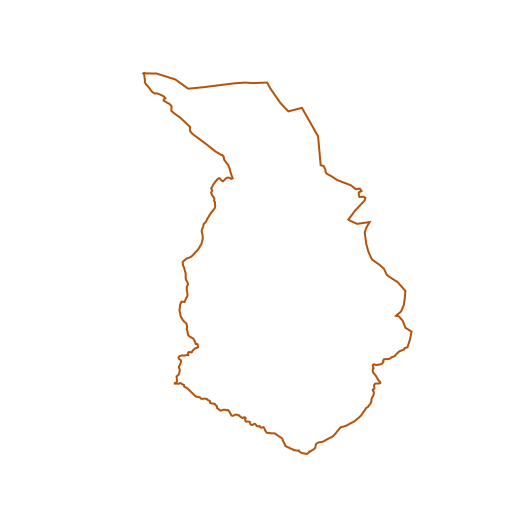 Breznita-Ocol, Mehedinti, Romania (orthographic projection), rotated 203°
{"feature_id": "2599482B17727183670261", "entity_name": "Breznita-Ocol", "entity_type": "district", "adm_level": 2, "iso_a3": "ROU", "parent_name": "Romania", "parent_adm1": "Mehedinti", "projection": "orthographic", "projection_center": [22.598, 44.702], "detail": "fine", "context": "isolated", "style": "outline", "palette": "amber", "viewbox_px": 512, "rotation_deg": 203, "n_neighbors": 0, "source": "geoboundaries", "source_scale": "gbopen_adm2", "svg_char_len": 6043}
<svg xmlns="http://www.w3.org/2000/svg" viewBox="0 0 512 512"><g transform="rotate(203 256 256)"><path d="M80.9,231.2L81.7,239.7L83.3,247.1L90.5,248.4L95.8,253.8L100.7,256.2L103.8,255.7L100.8,261.5L100.8,268.7L102.3,274.4L104.8,282.2L115.4,287.3L124.5,288.8L128.1,289.7L133.4,294.3L139.1,296.2L147.9,298.1L153.9,303.5L159.1,310.0L165.1,320.1L165.5,325.1L164.7,331.6L175.5,325.1L183.1,325.2L185.2,325.6L182.5,336.5L177.7,349.5L178.1,352.3L180.5,352.5L183.7,350.8L185.0,351.9L186.2,354.7L184.3,357.0L186.8,358.6L190.2,356.5L196.6,358.2L204.6,357.8L211.3,357.7L217.1,358.8L223.0,359.4L225.0,360.8L225.8,362.5L228.6,365.1L232.0,364.9L245.6,390.4L271.6,410.3L282.7,401.8L293.2,406.3L308.4,415.9L313.5,420.0L325.9,414.2L333.9,411.3L343.0,406.7L369.9,391.1L383.8,383.5L399.2,387.0L419.5,385.0L421.8,383.8L426.8,381.9L428.4,381.1L429.7,381.0L430.6,380.6L431.0,380.3L431.1,380.0L430.1,379.7L426.8,374.2L426.2,372.4L424.1,370.9L422.4,370.3L419.6,368.8L417.2,367.2L415.8,366.6L413.1,366.0L412.4,366.1L411.0,366.9L409.0,367.2L404.3,367.0L402.7,366.7L401.0,365.7L401.7,364.8L402.0,364.2L401.7,362.9L399.5,362.7L397.3,362.3L395.7,362.3L393.5,361.6L392.4,361.0L392.0,360.5L391.5,358.7L390.6,356.5L386.8,355.3L380.0,353.8L367.8,349.3L367.2,349.0L365.4,345.2L362.3,343.6L344.3,339.2L334.0,336.3L326.8,335.5L326.6,335.6L326.4,335.8L324.8,334.8L323.9,334.0L323.0,332.2L322.2,331.7L320.6,330.9L318.1,329.3L317.0,328.9L314.1,325.8L313.5,324.8L309.8,320.4L307.8,318.5L308.3,317.8L308.9,317.3L309.2,317.3L310.0,317.5L311.9,317.5L312.9,316.9L313.4,316.4L313.7,316.3L315.4,312.3L315.7,311.8L315.9,311.7L317.1,312.0L319.1,313.1L320.4,313.3L320.9,312.6L321.6,311.4L322.0,309.7L322.5,308.6L322.7,306.9L323.1,305.8L323.3,305.1L323.3,302.5L323.7,301.0L323.1,300.0L321.9,299.3L322.0,296.6L321.4,296.2L320.3,294.8L319.5,294.5L316.7,292.5L316.6,292.3L316.4,291.3L316.2,290.4L316.0,290.2L315.1,289.8L314.7,289.4L314.5,288.9L314.1,287.8L313.2,286.4L312.9,285.5L312.7,284.2L312.9,282.8L313.5,280.5L313.9,279.5L314.7,275.9L314.9,273.7L315.3,271.6L315.5,268.0L315.8,266.9L316.2,266.3L316.5,265.1L316.6,264.6L316.1,262.4L316.1,259.7L315.9,258.1L315.1,256.7L314.2,255.6L312.2,252.3L311.6,250.0L310.9,245.6L311.2,244.3L311.5,241.0L312.0,239.1L312.7,237.0L313.2,235.9L313.4,235.1L314.3,232.4L314.8,231.2L316.0,229.2L317.7,227.7L319.0,226.3L320.9,222.6L321.1,221.6L319.4,218.7L317.6,217.2L316.2,215.2L315.7,214.7L313.8,212.3L313.2,210.6L312.6,209.5L312.6,209.2L312.3,208.8L311.9,208.0L311.6,207.3L311.0,206.6L309.3,205.4L308.2,204.2L307.5,203.4L307.7,200.8L307.4,199.7L306.9,198.8L306.6,197.8L305.9,196.9L304.2,194.2L303.5,192.6L303.6,190.9L303.9,190.1L303.8,189.5L303.8,186.6L303.7,185.9L303.8,185.7L305.9,185.2L306.7,184.9L306.9,184.4L306.7,180.7L306.0,179.5L305.6,177.3L305.4,176.3L303.0,173.1L302.4,171.9L301.0,170.3L299.6,169.6L299.1,168.9L298.4,168.5L296.5,167.5L294.6,167.0L293.1,166.1L292.5,165.0L292.0,164.4L291.5,163.2L291.3,161.7L289.5,159.6L287.8,156.9L286.5,156.2L285.4,155.9L283.7,155.7L281.5,155.5L278.9,153.6L277.8,152.2L277.1,151.4L275.9,152.0L275.2,151.9L273.7,149.3L276.4,146.6L276.8,145.3L277.5,143.6L277.5,143.1L277.4,142.7L277.6,142.2L277.8,142.0L278.3,141.8L280.1,141.6L280.5,141.1L280.7,140.2L279.6,138.6L279.6,138.3L280.5,138.0L283.4,136.1L284.6,135.9L285.3,135.5L286.9,134.2L287.5,133.5L287.7,132.9L287.7,132.6L287.6,132.2L287.0,131.5L286.2,131.0L284.9,130.9L284.3,130.4L283.7,129.5L283.4,127.0L283.7,123.9L283.6,123.4L282.5,122.4L281.6,121.3L280.7,117.0L281.6,114.9L282.1,114.2L280.0,110.3L279.8,109.4L280.1,108.2L281.1,107.2L280.9,106.8L278.7,107.7L277.2,108.2L276.1,109.5L275.5,109.6L273.8,109.1L272.0,109.2L271.8,109.0L271.6,108.4L271.2,107.9L270.8,107.7L268.5,107.5L266.4,107.0L264.8,106.3L258.6,104.0L258.2,103.7L256.2,103.2L255.1,103.3L252.6,104.0L250.8,103.2L249.5,103.5L248.2,104.4L245.5,105.2L244.3,104.6L242.1,104.6L241.4,104.1L241.3,103.4L241.1,102.9L239.6,102.8L238.6,103.1L237.6,103.6L235.8,103.5L234.6,102.8L233.4,102.6L232.4,100.9L232.0,100.6L230.9,100.5L229.0,99.8L228.1,99.8L225.7,101.9L224.8,102.2L224.4,102.4L222.6,102.6L221.9,103.3L221.4,103.2L220.1,102.5L218.4,101.4L216.3,99.6L215.2,99.7L214.4,100.2L213.0,101.9L211.8,102.5L210.2,102.4L209.6,102.7L209.3,102.8L208.5,102.1L208.1,102.2L205.4,101.5L204.9,101.7L204.5,102.4L204.0,102.9L203.0,103.1L202.1,102.6L202.3,101.8L202.2,101.2L200.9,99.8L200.3,99.7L198.0,100.8L197.1,100.9L196.9,100.8L195.3,99.0L194.7,98.7L193.9,98.8L193.2,99.2L192.9,99.5L192.1,100.8L191.8,101.0L190.9,101.0L189.8,100.5L189.0,99.9L187.9,99.8L187.2,100.1L186.3,100.9L185.1,100.1L184.3,99.9L183.5,100.3L182.5,101.3L181.9,101.3L180.1,99.9L179.7,99.2L177.8,97.9L177.2,97.6L176.6,97.6L174.2,98.5L173.5,98.4L172.9,98.6L170.4,99.7L168.9,100.1L167.3,99.5L162.1,98.6L161.3,98.5L160.6,98.2L160.0,97.7L159.2,96.6L155.3,93.4L154.5,92.5L153.6,92.7L152.8,92.4L151.8,92.3L150.7,92.6L149.2,92.2L146.7,92.4L145.3,92.0L144.5,92.4L141.4,93.1L140.6,93.7L140.2,93.2L139.8,93.1L138.4,92.7L137.3,92.6L135.2,92.8L134.2,93.2L131.8,93.7L131.2,94.6L130.7,95.9L130.2,96.4L130.4,97.0L129.3,97.7L128.2,99.6L127.2,100.8L126.5,102.7L127.2,105.4L127.0,107.0L126.8,107.4L125.3,109.0L124.5,109.6L123.3,110.2L121.9,111.2L118.3,115.8L115.1,119.5L114.6,120.4L113.4,123.6L113.0,125.3L111.5,130.5L111.0,131.6L108.5,133.4L106.3,135.4L103.6,139.0L102.5,140.2L101.0,142.1L100.5,142.9L99.6,144.8L98.1,147.5L96.8,150.8L96.1,154.7L95.4,157.2L95.5,157.6L95.3,158.8L95.1,159.2L94.0,160.8L92.9,165.4L92.9,166.4L93.0,167.1L93.8,169.5L93.8,170.7L93.5,173.4L93.6,174.3L93.9,175.8L94.6,177.1L95.6,177.6L96.2,178.2L96.2,178.9L95.2,179.9L95.7,181.3L96.8,182.7L96.6,184.8L95.5,185.6L92.6,186.9L92.1,187.3L92.1,187.8L92.3,188.3L93.1,188.9L94.1,189.1L95.0,189.6L99.2,192.8L101.1,193.7L102.5,194.4L103.5,195.6L103.8,196.1L104.2,197.7L103.8,198.4L103.9,198.7L104.5,199.1L105.8,201.1L105.8,201.5L105.0,202.5L103.1,202.4L99.8,204.4L98.2,205.8L97.7,207.1L97.4,208.7L98.0,209.2L98.1,209.8L97.8,211.0L93.5,213.1L92.8,213.8L91.8,215.5L89.2,218.0L88.6,220.1L87.5,222.8L86.6,224.5L84.0,226.9L83.1,228.0L83.2,229.2L80.9,231.2Z" fill="none" stroke="#b45309" stroke-width="2"/></g></svg>